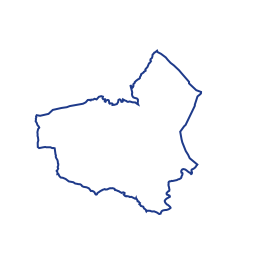 outline of San Melchor Betaza, Oaxaca, Mexico, rotated 216°
{"feature_id": "50627088B57690214716715", "entity_name": "San Melchor Betaza", "entity_type": "district", "adm_level": 2, "iso_a3": "MEX", "parent_name": "Mexico", "parent_adm1": "Oaxaca", "projection": "orthographic", "projection_center": [-96.157, 17.242], "detail": "fine", "context": "isolated", "style": "outline", "palette": "blue", "viewbox_px": 256, "rotation_deg": 216, "n_neighbors": 0, "source": "geoboundaries", "source_scale": "gbopen_adm2", "svg_char_len": 4595}
<svg xmlns="http://www.w3.org/2000/svg" viewBox="0 0 256 256"><g transform="rotate(216 128 128)"><path d="M149.9,207.6L150.5,205.3L151.0,204.5L151.0,203.4L151.2,201.7L150.3,200.2L149.8,198.7L150.2,197.0L149.8,196.0L148.7,195.6L148.6,193.7L149.0,192.6L148.1,188.8L148.3,187.1L148.4,185.6L147.4,184.7L148.2,182.7L148.0,182.2L148.9,179.5L149.0,179.2L148.4,178.1L148.4,177.1L148.2,176.1L148.0,175.8L147.7,175.3L148.0,174.1L148.6,173.0L149.2,170.9L149.5,169.1L149.3,168.9L149.1,168.5L149.4,166.6L148.8,165.7L148.3,165.3L148.0,163.9L148.1,163.3L151.3,164.1L148.9,162.1L146.2,159.9L145.2,158.9L144.8,157.8L143.4,156.5L141.7,155.9L139.9,156.4L138.3,157.1L136.8,156.9L135.7,155.5L134.9,153.9L133.6,153.0L134.4,152.9L137.3,152.9L139.3,151.5L142.2,150.5L143.4,149.1L144.5,148.8L145.3,148.9L146.4,148.5L148.8,148.2L148.0,146.9L147.9,146.0L148.7,145.3L150.6,146.5L151.7,146.2L152.2,145.1L151.2,143.0L151.1,140.8L152.6,138.8L154.1,137.5L154.8,138.5L155.3,138.5L156.9,137.5L157.0,137.0L157.6,137.0L159.7,139.0L160.4,139.0L161.3,138.4L161.8,137.3L161.6,136.0L162.4,135.8L163.5,137.7L165.0,136.7L166.1,137.1L166.7,138.6L168.4,138.0L169.9,136.1L170.2,132.7L172.2,132.0L173.0,130.3L174.5,129.2L174.4,128.4L175.2,128.1L175.9,128.0L177.0,127.0L177.3,123.9L178.6,121.3L179.6,120.2L188.0,111.5L189.7,108.9L193.6,105.1L199.5,98.4L200.6,92.7L206.3,86.2L209.4,84.7L209.2,83.3L208.5,82.8L208.1,81.4L207.3,80.6L206.7,79.2L206.2,79.0L204.7,78.4L203.1,77.2L201.1,76.7L200.0,76.1L200.1,74.3L199.2,72.2L198.8,71.3L197.5,69.9L196.5,68.4L195.4,67.6L193.3,65.3L193.1,64.8L192.4,63.0L189.8,59.6L188.1,59.5L185.4,62.4L183.8,64.0L182.7,64.4L182.1,64.9L179.5,66.8L177.5,67.2L176.6,68.0L175.4,68.5L171.0,63.9L170.3,63.6L169.6,62.4L169.5,62.2L168.6,61.6L166.1,60.5L165.7,60.1L165.2,59.7L164.6,59.0L163.7,58.0L163.2,57.9L162.3,56.4L162.0,55.1L160.6,54.1L160.4,52.6L160.5,51.3L159.3,50.9L158.6,50.2L158.0,49.1L157.2,49.8L155.1,48.7L153.3,48.4L151.5,49.4L148.5,50.1L144.5,50.0L140.3,52.0L138.3,52.0L137.3,52.4L136.4,52.9L135.6,53.2L134.5,53.8L133.8,54.3L132.3,54.5L130.9,54.0L129.4,54.3L126.6,55.7L124.2,56.2L122.4,55.7L121.0,55.2L120.1,56.0L118.6,56.4L117.3,56.3L115.7,55.4L114.8,55.3L114.3,55.7L114.2,56.1L114.5,57.4L113.7,59.5L113.2,61.0L112.5,62.1L112.4,62.8L112.0,63.3L110.9,64.9L110.2,64.9L108.8,66.0L107.9,67.6L107.1,68.8L106.6,69.0L104.9,70.4L104.5,70.4L103.2,70.9L102.0,70.2L101.6,70.5L100.4,70.9L99.2,71.1L98.4,71.5L97.7,71.4L94.9,71.8L94.1,73.1L93.4,73.3L92.7,73.5L92.0,72.5L92.2,71.6L91.7,71.5L90.7,71.3L89.9,71.4L89.2,71.7L89.1,72.1L88.1,72.6L87.0,73.1L86.0,73.2L84.8,74.3L80.6,75.0L80.2,75.3L80.3,75.9L80.1,75.7L79.7,75.8L78.2,75.2L77.1,74.3L76.4,74.8L74.8,74.3L74.2,74.3L74.0,73.0L72.8,73.0L71.9,72.5L69.4,73.3L67.7,72.3L66.9,72.4L65.1,72.2L64.7,71.6L64.1,71.3L64.1,71.6L63.7,72.5L63.1,72.8L62.6,73.3L62.0,73.6L61.5,74.0L60.9,74.1L59.4,74.6L58.9,75.1L58.5,75.4L57.9,75.9L57.1,76.1L56.3,76.3L55.2,76.6L53.6,76.7L52.4,76.7L52.0,76.9L51.8,77.2L51.6,77.5L51.3,77.9L51.5,78.3L51.6,79.1L51.8,79.9L51.8,80.6L51.5,81.4L51.2,81.9L50.5,82.7L49.6,83.6L48.8,84.2L48.3,84.8L47.8,85.5L47.3,86.3L46.8,87.6L46.7,88.0L46.6,88.4L46.8,88.6L47.5,88.9L48.8,89.1L49.4,89.1L50.0,89.2L50.9,89.2L51.4,89.0L52.6,89.2L54.1,89.6L54.6,89.9L54.9,90.2L55.2,90.4L55.4,90.5L55.5,90.8L55.6,91.9L55.5,92.5L55.2,93.8L54.8,94.5L54.4,95.5L54.1,96.1L53.8,96.6L53.7,97.0L54.1,97.4L54.4,97.6L54.7,97.7L55.2,97.4L55.9,97.5L57.2,97.0L58.0,97.3L58.5,98.0L58.4,98.8L58.4,99.6L58.2,100.4L58.0,100.9L57.7,101.4L57.9,101.8L58.4,102.7L59.1,103.2L59.9,104.1L60.5,104.6L61.3,105.1L61.8,105.9L62.1,106.1L62.3,106.7L63.2,107.8L63.3,108.5L63.0,109.3L62.1,110.0L61.7,110.8L60.8,111.3L58.4,114.0L58.0,114.4L57.6,115.1L57.3,115.8L57.0,116.3L56.5,116.7L56.3,117.1L55.7,118.5L55.8,119.5L56.2,120.1L56.4,121.3L56.5,122.0L56.8,122.5L56.9,122.9L57.3,123.4L57.6,123.6L58.0,123.6L58.5,123.3L59.2,123.9L59.5,124.2L59.7,124.7L59.8,125.6L59.8,126.2L59.5,126.8L59.1,127.3L58.0,127.8L57.1,128.1L55.5,128.1L54.3,128.0L52.5,128.0L51.8,128.2L51.2,128.2L50.4,127.9L50.1,128.0L49.8,127.9L49.6,128.3L49.6,128.6L49.9,129.4L50.3,129.8L51.0,130.3L51.4,130.5L51.6,130.9L51.9,131.4L52.0,131.8L51.8,132.2L51.6,132.6L51.2,133.2L51.0,133.6L50.6,135.1L50.6,135.3L50.4,135.6L50.4,136.3L50.5,137.8L50.4,138.5L50.4,139.2L60.3,139.8L63.7,141.7L67.7,143.3L75.6,148.3L78.1,150.4L83.6,155.7L83.6,162.4L83.2,164.3L87.0,185.3L87.6,186.0L90.3,194.3L90.2,194.9L89.6,197.0L89.3,198.5L89.4,199.1L90.1,200.1L95.0,198.7L104.5,199.9L104.9,200.0L105.7,201.2L117.4,203.9L120.6,204.7L127.7,205.6L131.8,205.7L135.9,206.5L138.9,207.3L144.9,207.4L148.7,206.8L149.9,207.6Z" fill="none" stroke="#1e3a8a" stroke-width="2"/></g></svg>